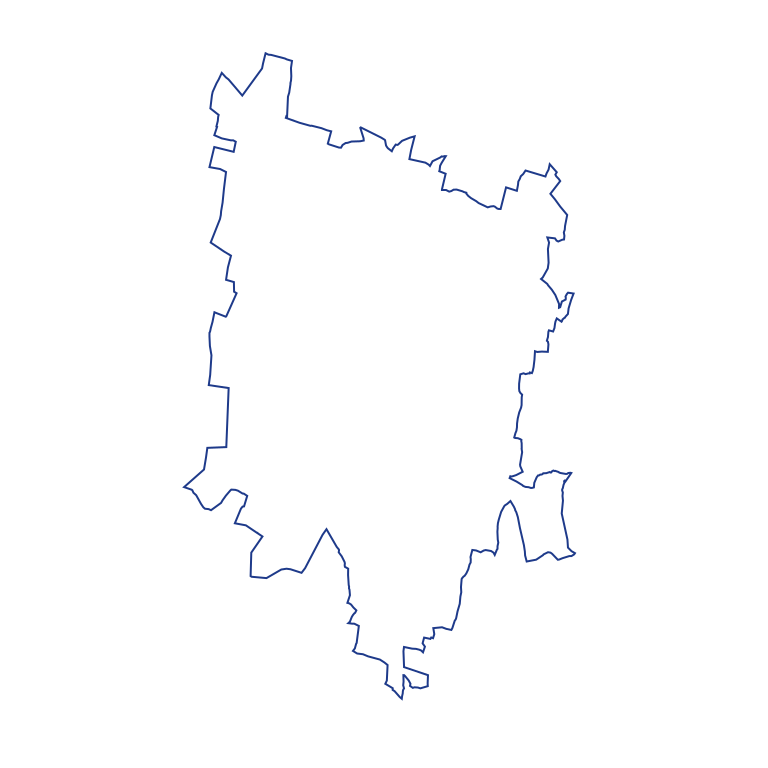 Espita, Yucatán, Mexico (Equal Earth projection), rotated 9°
{"feature_id": "50627088B66728778479631", "entity_name": "Espita", "entity_type": "district", "adm_level": 2, "iso_a3": "MEX", "parent_name": "Mexico", "parent_adm1": "Yucatán", "projection": "equal_earth", "projection_center": [-88.312, 21.01], "detail": "fine", "context": "isolated", "style": "outline", "palette": "blue", "viewbox_px": 768, "rotation_deg": 9, "n_neighbors": 0, "source": "geoboundaries", "source_scale": "gbopen_adm2", "svg_char_len": 6153}
<svg xmlns="http://www.w3.org/2000/svg" viewBox="0 0 768 768"><g transform="rotate(9 384 384)"><path d="M490.4,151.0L488.6,154.9L486.6,157.4L486.0,160.3L485.0,163.0L485.2,166.4L485.0,172.4L473.8,170.7L471.8,192.9L469.6,193.2L468.2,192.9L465.8,191.5L464.4,191.2L461.5,192.0L458.8,193.3L449.2,190.5L446.5,189.0L440.9,186.8L437.7,185.0L435.5,183.0L435.4,182.2L432.9,181.9L431.3,181.4L425.3,180.6L422.3,181.2L420.3,182.9L418.3,183.8L415.0,182.7L410.9,183.3L410.8,182.6L412.0,166.7L405.3,165.2L405.5,163.2L405.4,162.8L405.3,159.6L406.4,156.4L409.4,149.3L408.3,149.4L406.5,150.2L405.3,150.2L404.1,151.5L397.1,156.4L395.3,161.5L393.9,160.4L390.3,158.9L373.9,157.9L374.2,148.6L375.5,134.6L371.1,136.6L363.8,141.0L360.4,145.4L359.7,145.8L358.1,145.7L356.1,149.9L355.3,152.9L350.9,150.5L349.6,149.2L348.7,148.1L346.9,143.0L346.3,142.6L342.7,141.1L320.9,134.2L320.5,134.7L325.4,144.5L325.9,146.7L322.4,148.0L314.0,149.6L310.3,151.5L308.4,152.0L305.7,154.4L304.6,157.3L302.5,157.5L292.2,155.9L290.9,155.4L292.3,142.7L287.9,142.3L282.2,141.1L272.1,140.2L270.9,140.5L259.7,139.2L245.4,136.5L245.7,134.6L246.4,134.7L244.2,115.2L244.8,111.1L244.7,102.0L244.5,101.6L244.7,98.9L244.3,94.5L242.7,86.5L242.6,79.3L237.2,78.6L235.2,78.0L221.0,76.6L218.4,76.8L215.3,75.9L214.4,86.2L214.2,91.4L198.9,121.3L182.8,107.5L179.9,105.9L175.1,102.1L173.1,109.0L171.5,113.3L169.1,122.2L168.9,125.7L169.4,139.0L178.6,144.1L178.4,146.1L178.7,150.1L178.2,155.9L178.9,156.1L177.5,164.8L185.4,166.8L194.8,167.3L196.9,166.9L199.7,167.9L199.2,178.2L179.3,176.5L177.7,197.1L188.5,197.3L194.8,199.3L195.4,216.4L196.2,230.1L196.1,238.8L196.4,242.7L196.2,246.7L190.7,271.4L205.6,278.3L212.8,281.2L211.6,293.2L211.7,305.8L219.8,306.8L221.5,316.3L224.2,317.4L217.7,341.6L217.2,342.3L205.3,339.7L204.9,349.5L204.2,355.7L204.0,359.6L203.6,360.7L204.2,364.5L206.1,373.7L209.1,382.7L210.9,402.2L211.1,412.5L231.2,412.3L238.1,471.0L219.5,474.7L219.7,484.4L219.6,496.6L202.7,517.1L210.6,518.5L211.3,518.9L212.8,521.2L215.9,523.2L222.0,531.0L224.8,534.0L226.7,535.2L230.4,535.0L232.9,535.7L241.7,526.9L242.7,524.2L245.3,519.0L248.8,513.3L249.7,512.2L253.7,511.8L256.4,512.2L261.4,514.3L262.6,514.2L266.4,515.9L264.9,526.8L263.5,527.2L262.2,529.5L258.5,544.9L269.7,545.2L281.9,550.9L282.3,550.8L282.6,551.2L287.8,553.6L279.3,571.3L282.3,594.6L283.4,595.1L298.3,594.1L311.6,583.3L316.6,581.7L320.6,581.6L332.1,583.4L334.9,578.2L346.9,542.6L349.9,536.4L362.8,552.3L365.3,554.5L365.6,555.3L365.6,557.3L369.2,560.8L372.8,565.8L373.4,567.2L373.5,569.1L374.0,570.7L377.5,572.0L378.4,578.3L380.6,588.1L381.2,589.5L381.4,591.3L382.1,592.6L383.4,597.9L382.1,605.9L384.0,606.1L386.0,607.0L388.7,609.5L392.1,611.9L391.3,614.5L390.6,615.1L389.4,617.2L388.6,619.2L387.5,624.1L386.2,625.8L389.8,625.7L392.2,625.4L397.0,626.9L397.5,644.1L397.1,645.0L396.6,649.7L395.1,652.5L399.6,654.4L405.5,654.2L410.9,655.5L423.0,656.8L428.0,659.0L431.5,661.0L433.2,676.5L432.2,679.9L440.2,683.1L440.4,684.8L442.5,685.7L448.5,690.7L450.8,692.1L450.7,689.5L450.9,686.8L450.7,684.4L450.8,683.0L451.4,681.5L450.1,678.6L449.9,675.0L448.7,668.5L449.4,668.4L450.4,669.1L454.8,673.0L457.0,675.9L456.9,678.1L460.0,679.6L461.5,678.8L465.0,678.5L467.5,678.9L474.5,675.6L473.9,672.6L473.0,664.7L448.1,660.5L445.0,644.8L444.9,640.6L453.2,641.0L457.0,640.6L460.3,640.9L462.4,641.4L464.5,642.9L465.5,637.0L462.7,634.1L463.3,628.2L469.7,628.5L470.3,627.0L472.2,627.4L472.8,623.2L470.9,617.4L479.4,615.2L483.8,616.1L489.0,616.4L489.7,614.4L490.9,606.7L491.6,605.4L491.9,604.0L492.2,597.1L493.2,589.3L492.7,581.9L492.9,577.6L491.8,572.5L491.2,564.5L491.4,563.8L492.7,561.7L493.6,560.9L494.9,558.3L496.2,553.9L496.7,549.0L497.5,546.8L497.1,543.4L496.5,541.4L497.2,534.1L501.0,534.0L505.8,535.1L508.5,532.9L510.4,532.1L515.9,532.2L518.5,533.4L520.1,535.5L521.4,530.0L521.9,529.1L521.5,526.4L521.7,522.8L520.7,519.9L519.1,512.1L518.8,508.5L518.5,507.0L518.3,503.6L518.6,499.9L519.7,492.0L521.9,485.8L522.5,484.9L524.4,483.2L527.2,479.8L531.5,484.9L533.1,487.3L533.3,488.1L534.7,489.9L537.0,494.5L540.8,505.0L547.4,521.3L549.3,527.3L550.2,531.3L552.7,537.0L561.8,533.7L567.8,528.2L568.3,527.3L572.3,524.5L574.8,524.5L576.6,525.4L583.2,530.4L584.6,529.9L587.6,528.1L593.9,525.0L596.1,524.6L598.5,522.5L599.1,521.2L595.4,519.8L591.3,516.8L589.5,508.9L579.8,484.1L579.0,471.2L577.8,466.6L577.6,463.2L576.6,461.2L576.5,460.2L576.9,458.9L577.1,455.5L577.6,453.6L577.1,451.8L577.7,451.1L578.5,451.8L582.9,442.6L582.0,442.5L579.9,443.1L578.9,444.1L577.7,444.4L572.3,444.3L571.0,444.1L570.2,443.6L566.6,443.0L565.9,443.3L564.8,443.0L563.7,443.8L563.0,445.2L562.2,445.4L561.5,445.0L558.2,446.7L555.2,447.3L554.6,448.3L553.4,448.9L552.5,449.0L551.3,450.1L550.5,450.2L549.4,452.2L547.9,458.1L548.2,462.7L546.4,463.5L545.3,463.7L543.0,463.3L539.8,463.5L537.3,462.9L536.6,462.3L530.1,459.6L522.8,457.3L523.2,455.4L523.8,455.6L525.7,454.9L528.8,453.3L534.7,449.0L531.5,444.0L531.0,442.4L531.1,429.7L530.0,426.3L530.1,426.0L529.2,420.8L528.5,418.9L528.5,417.7L527.4,417.2L524.7,416.6L521.9,416.8L521.0,416.5L521.5,412.0L522.1,409.4L522.1,406.0L521.6,402.2L521.5,397.1L522.0,390.9L523.1,385.9L523.2,383.3L522.1,375.6L522.1,372.9L520.2,371.6L518.8,369.9L518.1,367.3L517.4,362.5L517.1,353.1L520.2,351.6L522.3,352.1L525.0,350.9L526.2,350.8L526.3,349.8L528.4,350.1L528.9,347.7L529.1,343.9L528.8,336.4L528.0,328.0L530.3,328.4L534.8,327.3L540.8,326.6L540.2,319.1L539.3,316.6L538.1,315.8L538.6,312.0L538.2,306.7L538.5,305.2L542.8,305.7L543.6,302.1L543.5,297.5L543.6,295.4L544.4,292.2L549.6,294.7L550.0,293.8L550.2,292.4L551.7,290.6L552.3,290.2L552.7,289.1L554.7,286.1L554.5,280.4L555.7,271.6L557.1,265.0L551.5,265.0L550.5,266.6L549.6,269.2L550.1,270.5L550.2,272.2L546.8,274.7L546.0,280.6L544.9,281.3L544.4,277.6L539.3,269.3L535.1,264.7L530.7,260.9L529.6,259.6L522.7,255.7L524.1,254.0L527.7,244.3L527.6,238.5L524.8,225.1L524.9,218.5L522.4,213.7L530.1,213.4L532.0,215.4L533.8,216.0L537.5,213.6L539.2,213.1L539.0,209.4L537.9,206.1L538.4,203.4L538.1,199.6L538.5,188.4L530.3,181.2L523.9,174.8L518.6,170.1L526.3,156.0L524.5,154.1L521.6,151.9L520.5,150.4L521.5,147.8L513.3,141.0L513.0,146.5L511.6,150.6L511.0,153.8L490.4,151.0Z" fill="none" stroke="#1e3a8a" stroke-width="2"/></g></svg>